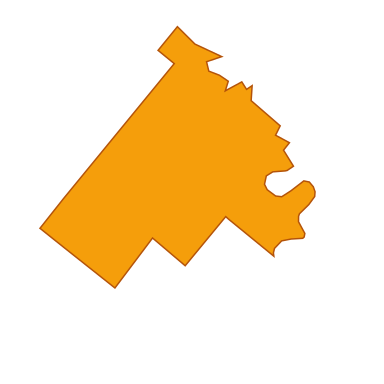 the district of Crawford, Indiana, United States of America, rotated 309°
{"feature_id": "52423323B86743622132490", "entity_name": "Crawford", "entity_type": "district", "adm_level": 2, "iso_a3": "USA", "parent_name": "United States of America", "parent_adm1": "Indiana", "projection": "albers", "projection_center": [-86.373, 38.264], "detail": "fine", "context": "isolated", "style": "filled", "palette": "amber", "viewbox_px": 384, "rotation_deg": 309, "n_neighbors": 0, "source": "geoboundaries", "source_scale": "gbopen_adm2", "svg_char_len": 823}
<svg xmlns="http://www.w3.org/2000/svg" viewBox="0 0 384 384"><g transform="rotate(309 192 192)"><path d="M268.6,252.4L275.9,254.6L282.1,236.8L291.6,236.7L288.7,221.2L298.9,218.9L300.2,180.5L312.5,171.8L306.1,169.8L308.9,161.4L291.6,154.2L300.9,150.5L300.0,139.8L296.5,129.0L302.4,121.3L315.9,129.9L308.8,101.2L311.3,76.6L280.7,76.5L280.6,97.4L106.1,96.3L68.1,96.7L68.3,128.5L68.9,192.5L131.4,190.3L130.4,233.1L194.1,233.7L193.9,237.6L193.6,296.0L195.9,293.6L200.1,291.6L210.4,292.4L217.8,298.6L225.7,307.2L227.6,307.5L230.8,305.8L235.9,293.5L240.2,290.1L242.7,289.2L255.8,290.7L265.7,290.2L269.6,287.5L272.4,283.0L273.6,276.9L271.0,271.9L255.1,268.1L244.8,264.7L241.5,259.5L241.1,249.0L242.8,245.3L243.6,243.5L251.3,239.6L258.5,242.1L267.0,251.1L268.6,252.4Z" fill="#f59e0b" stroke="#b45309" stroke-width="1.5"/></g></svg>